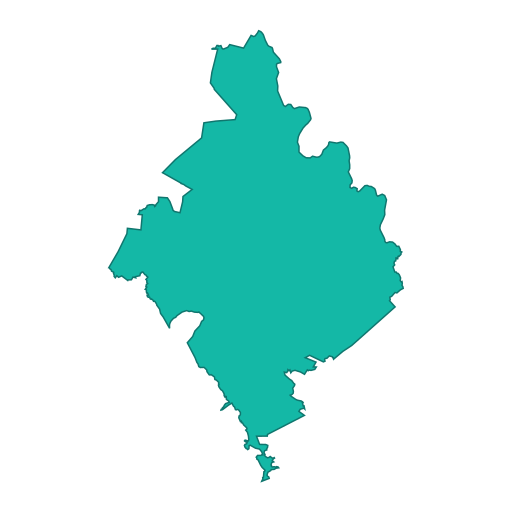 Santa María del Oro, Nayarit, Mexico
{"feature_id": "50627088B16887744460573", "entity_name": "Santa María del Oro", "entity_type": "district", "adm_level": 2, "iso_a3": "MEX", "parent_name": "Mexico", "parent_adm1": "Nayarit", "projection": "natural_earth1", "projection_center": [-104.593, 21.347], "detail": "fine", "context": "isolated", "style": "filled", "palette": "teal", "viewbox_px": 512, "rotation_deg": 0, "n_neighbors": 0, "source": "geoboundaries", "source_scale": "gbopen_adm2", "svg_char_len": 6087}
<svg xmlns="http://www.w3.org/2000/svg" viewBox="0 0 512 512"><path d="M301.3,401.0L297.5,400.2L295.7,399.4L291.2,396.3L290.2,395.2L292.0,394.5L293.2,393.2L293.4,391.4L292.7,388.2L294.5,385.6L294.8,384.2L293.6,383.2L291.7,380.5L289.6,379.2L285.0,375.1L284.3,372.1L286.7,372.6L287.8,371.1L287.9,369.7L289.1,370.6L289.9,369.9L290.8,372.8L292.1,371.1L295.0,370.3L300.5,372.0L304.5,374.3L307.3,369.9L308.2,370.7L309.1,370.1L311.0,370.4L314.8,369.4L316.3,367.0L313.3,366.9L316.0,362.1L305.2,357.7L309.6,355.3L323.4,361.9L325.0,361.2L324.6,359.7L325.0,358.5L326.9,358.3L329.3,355.9L332.4,356.8L332.8,357.8L333.4,357.8L333.6,359.2L342.8,351.4L351.7,345.5L395.1,306.9L389.5,300.7L390.2,299.8L389.8,297.2L391.7,296.3L395.0,292.5L396.9,292.9L400.5,289.8L403.2,288.4L402.8,286.5L402.0,285.4L402.3,283.3L402.0,281.6L401.4,282.0L400.2,280.6L400.6,277.9L399.3,274.8L398.1,273.4L397.1,273.4L396.3,272.1L394.8,272.0L393.0,266.8L394.7,264.9L394.0,263.5L394.1,262.6L394.5,261.3L395.7,260.9L396.0,257.9L396.7,258.0L397.1,258.8L397.7,258.8L398.0,256.4L398.5,256.1L399.0,256.4L400.4,255.0L401.0,254.3L400.9,253.3L401.8,252.0L400.3,251.3L400.4,249.6L398.8,246.3L396.6,246.3L395.1,244.1L392.6,242.1L389.6,241.8L386.9,242.8L385.7,242.5L384.8,241.2L384.8,239.8L384.0,237.6L380.3,230.2L379.8,228.1L380.4,224.7L383.2,218.9L384.8,214.7L384.6,210.1L386.5,199.8L384.7,195.5L382.2,194.2L377.7,196.2L376.6,195.1L375.4,190.2L374.6,188.6L371.3,186.5L369.1,186.3L367.2,185.4L364.9,185.7L359.6,191.1L358.1,191.7L356.8,190.8L357.2,188.7L355.2,187.5L353.5,187.2L351.7,188.3L350.0,187.5L350.1,184.9L351.9,182.9L352.2,180.6L351.7,178.9L348.3,171.9L349.7,168.6L349.7,164.8L349.1,160.8L349.7,157.9L349.6,155.9L348.0,148.0L346.5,145.9L343.0,142.4L340.8,142.1L336.9,143.1L329.6,141.9L328.9,142.5L328.6,144.4L328.0,145.7L326.4,147.6L323.4,150.1L321.8,154.3L319.6,156.6L317.9,157.1L316.4,157.2L312.6,156.2L310.2,157.9L306.2,157.8L303.0,155.9L299.3,152.4L299.0,151.9L299.0,146.3L297.4,142.2L298.3,136.8L299.6,133.7L303.0,128.1L305.7,125.1L307.7,123.4L310.6,119.7L311.0,118.4L309.4,112.4L308.1,109.4L307.4,108.5L305.6,107.6L299.3,107.0L294.4,108.6L292.8,107.5L290.8,104.5L288.3,104.3L285.3,106.5L283.6,105.4L277.6,91.0L277.8,86.0L276.4,78.7L278.6,72.5L276.5,66.8L276.5,64.5L276.9,63.8L277.8,63.3L280.7,62.6L280.8,61.7L279.4,58.9L273.4,52.2L272.5,48.5L272.0,47.5L268.8,46.2L267.8,45.3L265.3,40.3L263.4,34.9L262.4,33.3L260.9,31.7L258.7,30.7L257.4,33.1L255.1,36.0L253.6,36.5L251.1,35.4L243.6,48.1L229.7,44.6L227.8,47.3L223.8,48.9L223.0,49.0L222.1,48.4L220.9,45.6L218.5,46.2L218.1,45.5L216.9,45.5L215.4,48.2L213.4,48.3L212.9,48.7L212.8,48.4L211.5,49.1L217.7,49.1L211.9,72.3L210.4,82.9L214.1,88.2L214.3,89.4L236.7,114.7L235.1,119.6L215.8,121.1L203.9,122.8L201.6,137.9L175.4,159.6L162.5,172.7L181.2,183.2L181.1,183.5L183.8,184.5L185.8,186.0L192.2,189.4L183.0,196.5L182.6,201.9L180.0,212.7L174.5,211.5L172.8,210.0L172.8,209.3L169.9,201.6L167.4,197.8L158.5,197.2L158.5,201.7L155.8,204.8L155.6,205.8L154.7,206.5L154.3,205.1L153.9,205.0L152.4,204.6L149.4,204.8L147.2,205.5L146.6,207.4L146.1,207.5L145.1,208.9L144.0,208.8L140.9,210.7L139.8,210.2L139.4,210.9L139.5,212.2L138.2,214.4L142.3,214.8L140.9,229.9L127.4,228.3L126.9,233.7L118.1,251.7L108.8,267.7L109.3,267.8L110.0,269.0L111.0,269.5L111.5,271.1L113.7,272.3L113.5,273.4L114.2,275.1L114.1,276.4L115.3,277.8L116.8,275.7L118.6,277.3L121.7,275.9L127.8,280.5L128.1,279.9L131.4,279.8L133.0,277.1L135.7,277.8L135.3,276.7L139.8,275.7L140.5,273.1L141.4,272.9L142.1,272.0L142.9,272.1L144.9,274.6L146.3,275.3L146.5,276.1L147.6,276.7L147.8,277.3L145.9,279.4L146.9,280.5L146.8,282.3L147.7,283.6L146.4,284.4L145.9,286.7L146.8,287.0L146.7,287.5L145.2,289.3L146.4,289.8L146.4,292.1L147.0,293.4L147.5,293.0L148.5,295.1L147.1,295.4L147.5,296.7L148.4,297.3L149.5,297.1L150.2,298.8L151.1,299.3L151.6,299.0L153.1,300.3L153.5,301.3L154.2,301.1L155.3,301.9L156.7,304.4L156.8,305.2L159.6,309.1L160.6,313.5L163.2,317.0L169.6,328.3L169.5,325.5L169.7,323.8L170.9,321.2L173.5,318.3L175.7,317.3L177.0,315.6L182.2,312.0L186.7,310.6L189.1,311.5L191.4,311.1L194.3,312.1L198.1,312.4L198.9,312.0L203.4,316.2L204.0,317.7L203.5,319.9L201.6,321.4L199.8,325.8L194.9,331.0L192.7,336.5L187.3,342.7L195.1,357.7L196.9,362.4L198.0,363.9L198.8,366.6L200.3,367.5L204.1,367.4L206.7,369.9L207.0,371.7L209.2,374.8L210.0,375.0L211.1,374.6L214.4,376.9L214.9,379.5L216.4,380.1L218.7,382.3L218.5,383.1L219.0,384.5L218.4,385.0L218.9,386.8L220.8,389.6L222.5,390.8L224.3,394.2L224.0,395.0L224.6,396.6L225.0,397.1L225.8,396.3L226.2,396.5L226.4,399.4L228.5,400.9L229.3,402.3L225.6,403.6L224.2,405.4L223.9,406.4L222.2,408.2L222.0,409.2L221.2,409.4L221.0,410.1L222.5,409.7L228.7,405.0L231.9,403.1L233.5,406.2L234.6,407.1L235.4,409.6L236.2,409.9L237.5,409.4L238.6,409.9L240.4,412.4L240.4,414.4L239.7,415.7L239.1,415.9L238.8,417.8L240.4,421.5L241.3,421.1L241.7,422.0L241.5,422.7L242.6,423.0L243.6,424.9L246.7,427.8L247.0,428.9L245.7,430.1L247.4,432.2L248.4,435.9L248.8,439.7L248.3,440.9L245.1,440.1L244.5,440.9L245.6,441.9L247.2,442.1L246.7,443.7L245.0,444.4L244.4,445.4L245.0,447.2L246.1,448.5L246.5,448.5L247.7,449.6L248.9,448.7L249.1,445.7L250.2,445.2L255.5,448.2L259.5,449.1L261.7,451.8L262.8,454.9L261.7,454.8L261.0,455.4L257.6,455.4L256.2,457.2L256.7,457.7L256.9,459.2L258.1,459.9L260.6,465.1L262.1,467.4L265.0,470.2L264.6,471.4L263.9,471.7L263.4,477.2L262.7,477.5L262.9,480.0L262.2,480.1L261.7,481.3L269.2,478.4L268.8,477.0L267.5,476.1L267.0,475.1L267.9,472.2L270.7,470.6L271.3,469.6L274.1,469.4L276.2,468.2L278.7,467.8L278.1,467.0L276.6,466.6L275.5,467.1L274.2,466.7L272.3,467.0L271.4,466.3L271.5,465.5L271.0,464.9L271.8,462.5L273.7,461.9L272.2,460.7L273.3,458.9L274.5,458.1L274.2,457.6L273.2,458.2L272.0,457.9L270.2,456.5L269.1,457.4L267.5,457.8L265.3,456.4L264.6,454.9L265.0,454.4L264.0,452.9L264.6,450.7L266.8,449.9L266.6,448.9L267.5,447.5L267.8,445.4L265.7,444.5L259.6,444.4L256.5,436.2L267.3,436.1L267.5,434.4L304.4,415.4L298.9,411.4L300.2,409.3L303.8,408.2L304.7,409.0L304.0,405.8L303.3,406.0L302.8,404.4L302.7,402.9L303.1,402.6L302.7,402.0L302.2,402.3L302.0,401.5L301.3,401.0Z" fill="#14b8a6" stroke="#0f766e" stroke-width="1.5"/></svg>